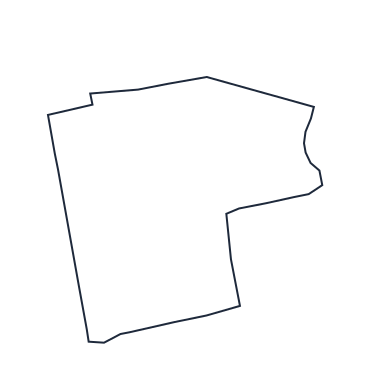 Nova Hartz, Rio Grande do Sul, Brazil, rotated 254°
{"feature_id": "56859067B47796147191103", "entity_name": "Nova Hartz", "entity_type": "district", "adm_level": 2, "iso_a3": "BRA", "parent_name": "Brazil", "parent_adm1": "Rio Grande do Sul", "projection": "natural_earth1", "projection_center": [-50.904, -29.592], "detail": "fine", "context": "isolated", "style": "outline", "palette": "slate", "viewbox_px": 384, "rotation_deg": 254, "n_neighbors": 0, "source": "geoboundaries", "source_scale": "gbopen_adm2", "svg_char_len": 544}
<svg xmlns="http://www.w3.org/2000/svg" viewBox="0 0 384 384"><g transform="rotate(254 192 192)"><path d="M177.5,320.4L187.2,314.0L198.6,312.1L208.0,313.1L218.6,317.7L229.9,326.6L240.2,332.6L298.5,237.8L302.6,199.1L305.3,168.4L314.7,121.3L303.4,120.4L305.8,74.8L266.7,70.7L250.4,69.4L195.7,63.8L133.3,57.4L89.0,53.0L76.6,51.4L71.4,65.9L75.2,84.1L74.4,93.1L71.8,139.3L69.3,171.9L69.3,206.7L116.6,210.9L161.6,219.0L163.2,232.7L160.8,260.0L159.0,288.7L157.8,303.6L162.7,319.1L177.5,320.4Z" fill="none" stroke="#1e293b" stroke-width="2"/></g></svg>